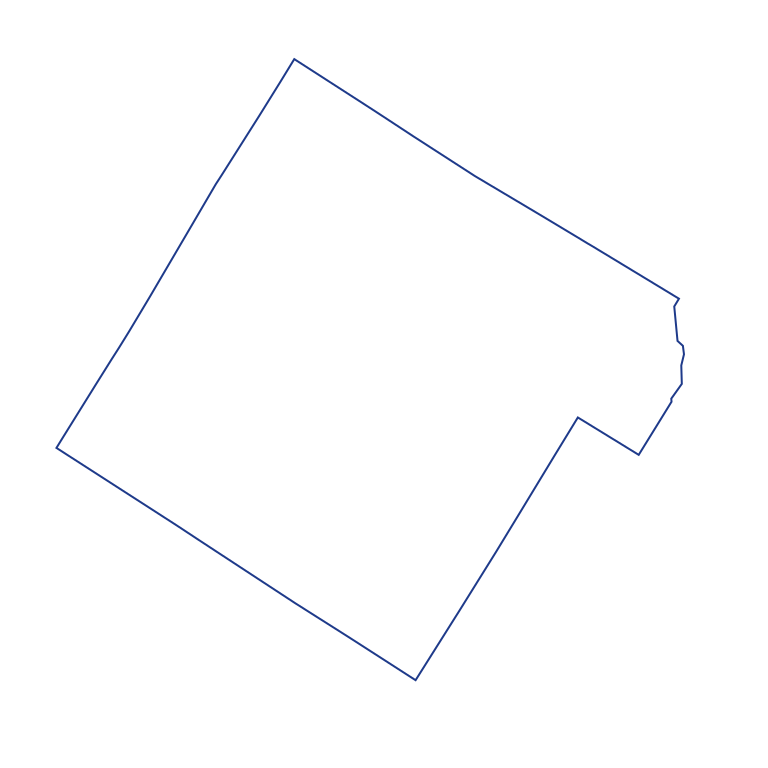 DuPage, Illinois, United States of America (Robinson projection), rotated 303°
{"feature_id": "52423323B58044967957870", "entity_name": "DuPage", "entity_type": "district", "adm_level": 2, "iso_a3": "USA", "parent_name": "United States of America", "parent_adm1": "Illinois", "projection": "robinson", "projection_center": [-88.069, 41.84], "detail": "fine", "context": "isolated", "style": "outline", "palette": "blue", "viewbox_px": 768, "rotation_deg": 303, "n_neighbors": 0, "source": "geoboundaries", "source_scale": "gbopen_adm2", "svg_char_len": 814}
<svg xmlns="http://www.w3.org/2000/svg" viewBox="0 0 768 768"><g transform="rotate(303 384 384)"><path d="M153.7,571.8L227.0,570.8L227.3,570.8L235.2,570.7L304.4,569.4L345.6,568.2L417.5,566.0L461.5,564.8L462.5,603.8L463.3,636.2L495.3,635.5L525.7,634.8L528.2,632.9L546.3,633.7L561.5,623.2L572.3,619.4L578.8,613.9L580.0,606.7L607.1,585.2L616.2,584.9L616.0,579.1L613.4,495.2L612.9,480.1L612.8,478.7L612.3,463.0L612.0,454.5L610.7,418.1L607.9,347.1L607.7,274.1L607.9,234.1L607.9,217.3L607.6,131.8L581.7,132.5L540.8,133.3L470.5,134.1L460.1,134.1L408.7,136.5L329.9,140.1L289.0,141.6L288.9,141.6L270.1,142.0L256.6,142.1L225.8,142.6L221.2,142.7L164.8,143.8L152.0,144.1L152.5,286.5L152.3,313.5L151.8,428.5L151.8,428.9L152.5,494.2L152.5,495.6L152.8,571.8L153.7,571.8Z" fill="none" stroke="#1e3a8a" stroke-width="2"/></g></svg>